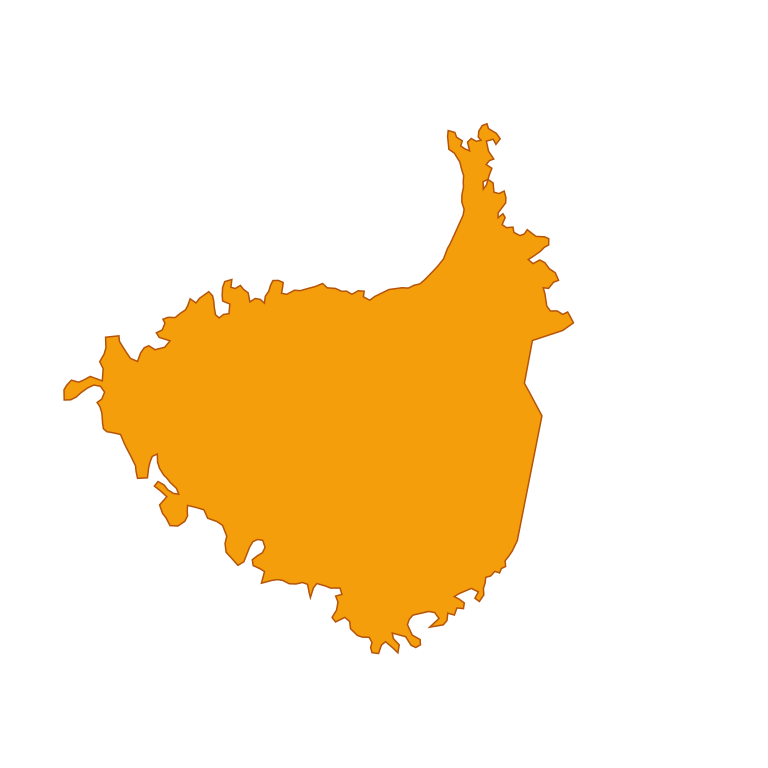 the district of Nova Cantu, Paraná, Brazil, rotated 47°
{"feature_id": "56859067B67973694135820", "entity_name": "Nova Cantu", "entity_type": "district", "adm_level": 2, "iso_a3": "BRA", "parent_name": "Brazil", "parent_adm1": "Paraná", "projection": "mercator", "projection_center": [-52.583, -24.632], "detail": "fine", "context": "isolated", "style": "filled", "palette": "amber", "viewbox_px": 768, "rotation_deg": 47, "n_neighbors": 0, "source": "geoboundaries", "source_scale": "gbopen_adm2", "svg_char_len": 4287}
<svg xmlns="http://www.w3.org/2000/svg" viewBox="0 0 768 768"><g transform="rotate(47 384 384)"><path d="M417.0,614.5L418.4,607.7L411.6,593.4L409.9,587.4L411.5,582.5L415.6,579.3L422.4,582.4L424.5,588.0L423.3,593.4L422.7,600.2L427.6,603.5L435.2,600.4L439.7,599.3L446.1,609.5L451.2,599.9L454.5,595.2L458.6,592.0L465.5,589.5L470.2,584.8L473.5,579.1L478.4,576.5L485.3,580.9L490.0,583.5L485.0,574.7L484.1,569.2L491.4,564.8L496.9,562.2L503.2,555.3L509.2,558.3L506.1,564.0L512.0,566.3L517.0,572.9L519.3,581.2L525.0,581.7L528.0,571.8L534.3,571.1L540.2,575.4L549.8,574.9L554.2,572.6L559.2,567.6L564.9,569.1L567.5,573.4L572.3,576.0L577.4,571.8L573.2,564.0L573.5,558.6L583.6,557.5L590.1,557.2L585.2,550.8L576.5,550.8L571.8,547.8L583.6,540.5L593.5,542.4L598.4,540.5L599.6,535.2L595.6,531.9L586.8,534.6L576.0,531.0L573.4,526.1L572.7,520.6L580.8,506.5L585.7,502.8L593.0,503.7L593.0,516.4L600.6,504.9L599.9,499.2L595.1,493.7L601.0,490.1L597.5,483.4L602.5,479.1L598.9,474.6L592.5,475.8L587.4,477.6L588.5,472.1L591.2,464.6L593.1,459.5L600.4,456.8L602.7,463.6L608.1,462.6L606.3,454.8L601.3,450.7L598.4,445.6L594.8,441.5L597.2,436.8L596.6,430.8L601.0,428.3L599.0,424.0L600.4,419.5L595.9,416.0L595.2,411.0L593.7,404.4L589.5,393.4L515.0,290.2L488.8,283.2L479.2,280.8L453.4,245.8L466.7,216.9L468.5,203.7L461.2,201.7L456.6,200.6L455.0,205.8L448.7,207.5L444.1,212.5L438.0,211.8L427.8,204.8L422.2,201.9L426.3,198.5L425.2,190.7L427.2,185.6L419.4,182.9L412.3,184.5L405.0,183.6L399.5,185.5L397.6,192.9L391.3,193.6L392.4,188.1L393.6,179.0L393.4,173.5L394.6,168.7L390.1,164.4L385.8,166.2L379.7,172.2L373.3,173.3L368.8,174.0L370.0,179.0L368.1,183.4L361.7,185.6L357.2,182.7L353.2,187.8L348.0,188.9L344.9,181.9L340.6,180.9L340.2,187.1L336.7,183.9L335.5,177.2L334.5,171.5L330.8,167.7L324.8,164.5L323.2,170.0L318.7,172.8L311.4,167.1L305.3,168.4L302.9,164.4L299.8,158.0L293.2,159.6L292.5,154.6L294.3,150.3L285.1,148.8L276.2,143.5L279.5,137.2L285.1,138.7L283.9,131.8L277.4,130.9L268.4,133.4L263.9,131.2L262.0,135.9L263.7,142.2L267.6,146.6L271.9,146.8L269.4,151.0L263.9,152.8L264.1,158.0L271.9,162.4L267.2,164.5L262.2,165.5L259.6,160.9L253.0,162.6L248.3,160.6L242.4,164.2L246.4,168.7L256.6,176.5L263.2,175.1L273.5,177.2L278.9,180.3L286.0,183.7L290.1,188.1L294.3,191.7L298.8,198.0L304.0,203.0L310.9,206.3L314.5,211.0L321.8,228.4L326.7,240.3L328.1,245.0L333.1,255.1L334.5,264.7L335.0,272.0L335.5,282.9L335.3,289.4L332.3,294.7L330.5,300.7L325.8,305.3L318.3,315.9L313.7,331.0L313.0,337.3L306.2,339.6L302.6,335.2L298.2,339.3L296.5,346.3L290.5,348.1L287.5,351.6L280.9,354.4L275.0,359.9L268.6,360.4L265.8,367.9L262.0,375.0L258.7,381.5L254.4,385.5L252.1,393.9L247.8,397.1L244.7,392.9L241.0,388.5L236.2,390.6L232.6,394.7L234.4,399.6L237.6,405.1L238.9,411.0L243.3,416.3L237.7,416.8L233.6,419.9L232.5,426.1L224.7,421.2L219.0,422.2L214.0,421.8L212.7,427.7L208.8,430.0L203.8,424.0L200.5,430.6L203.4,436.3L208.9,442.0L213.3,445.4L220.4,442.2L226.8,449.5L223.7,453.9L223.2,459.5L218.5,460.0L212.4,456.0L207.4,452.1L202.6,449.2L197.0,449.2L195.5,460.5L196.5,466.2L189.5,467.7L192.8,474.0L194.4,478.7L193.4,484.6L193.0,491.4L188.0,496.4L185.9,501.5L190.2,502.8L193.2,509.3L191.3,515.6L196.7,516.6L206.5,511.0L207.6,519.3L202.7,528.1L195.6,529.9L194.0,534.6L195.3,540.9L199.4,548.9L192.3,552.0L184.2,550.7L178.8,549.7L172.4,548.4L168.0,545.0L159.9,555.7L167.9,562.7L171.2,568.2L173.8,576.7L181.2,578.9L189.6,587.9L178.1,593.7L176.2,601.2L174.4,606.1L168.0,610.0L168.5,616.8L170.0,622.0L177.6,628.8L181.9,623.9L183.6,618.1L183.7,611.6L184.7,603.8L186.8,597.0L192.3,592.9L199.4,593.9L202.6,600.7L201.8,606.4L206.7,607.2L212.8,610.1L220.7,616.5L225.4,619.7L229.9,619.2L234.8,615.5L241.2,611.1L251.3,614.8L257.2,616.5L263.1,618.1L274.3,621.5L278.8,624.9L284.9,628.6L291.3,621.0L284.7,613.2L281.3,608.0L278.9,602.8L280.6,597.6L286.6,602.8L292.3,605.6L300.2,607.2L304.5,607.0L310.2,607.5L318.9,607.0L324.6,609.3L320.4,612.6L313.9,614.3L307.9,613.7L301.2,615.8L302.1,621.6L309.4,620.4L318.3,619.7L319.4,630.6L327.5,634.2L333.2,634.7L341.6,637.1L347.3,631.6L348.6,623.4L346.5,617.6L343.0,614.8L338.8,610.5L344.9,606.4L353.2,601.5L362.0,604.5L370.6,600.0L377.3,598.5L388.1,602.8L392.2,609.0L399.3,614.2L408.8,614.3L417.0,614.5ZM305.3,168.4L308.3,173.3L309.2,178.5L303.6,173.5L305.3,168.4Z" fill="#f59e0b" stroke="#b45309" stroke-width="1.5"/></g></svg>